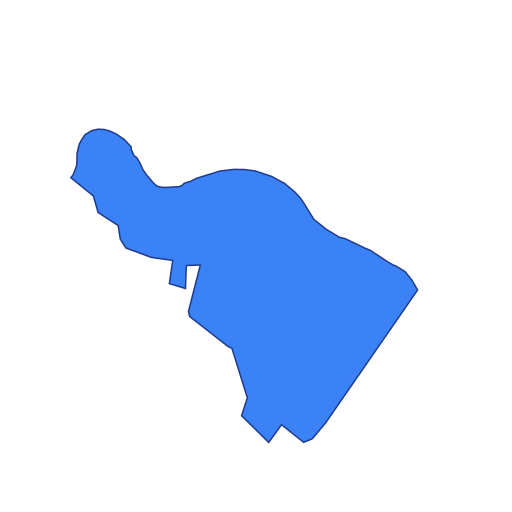 Campbell, Kentucky, United States of America, rotated 332°
{"feature_id": "52423323B7584870852949", "entity_name": "Campbell", "entity_type": "district", "adm_level": 2, "iso_a3": "USA", "parent_name": "United States of America", "parent_adm1": "Kentucky", "projection": "mercator", "projection_center": [-84.397, 38.964], "detail": "fine", "context": "isolated", "style": "filled", "palette": "blue", "viewbox_px": 512, "rotation_deg": 332, "n_neighbors": 0, "source": "geoboundaries", "source_scale": "gbopen_adm2", "svg_char_len": 1104}
<svg xmlns="http://www.w3.org/2000/svg" viewBox="0 0 512 512"><g transform="rotate(332 256 256)"><path d="M382.7,361.9L382.5,355.2L382.3,350.6L380.4,340.1L375.1,330.9L372.8,328.2L370.0,323.7L359.5,304.5L356.0,300.4L343.0,282.7L338.3,278.4L330.7,265.7L324.3,250.9L323.0,230.7L322.3,225.4L320.4,218.0L315.4,205.5L307.1,193.0L301.3,186.9L295.2,180.5L292.6,178.6L286.2,174.1L277.2,169.2L263.9,164.0L239.5,159.4L232.8,159.3L226.5,158.0L225.0,158.8L220.9,158.8L207.5,152.6L203.6,150.0L201.5,147.8L199.8,143.9L197.4,132.8L196.7,126.4L197.2,120.0L196.9,113.3L195.3,109.8L196.0,103.1L197.0,101.0L194.5,91.5L189.8,82.6L185.5,76.9L181.3,73.0L176.2,69.9L170.0,68.2L162.1,68.6L161.5,68.9L156.9,71.3L152.5,74.2L146.2,81.3L140.7,91.2L138.8,93.2L138.1,93.8L133.0,98.2L129.3,100.0L140.6,126.7L137.0,143.5L148.6,164.4L144.1,177.4L144.9,187.9L162.9,208.1L180.4,220.8L166.5,239.7L178.5,251.6L190.0,231.7L202.6,237.8L170.3,273.3L169.0,278.3L188.9,322.9L191.4,326.2L181.8,377.1L168.3,390.3L179.7,426.6L199.3,416.9L210.6,442.9L219.9,443.8L239.0,436.1L382.7,361.9Z" fill="#3b82f6" stroke="#1e3a8a" stroke-width="1.5"/></g></svg>